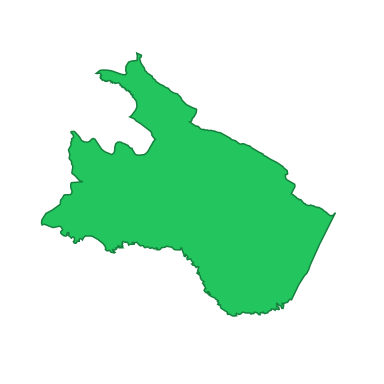 Madimba, Bas-Congo, Democratic Republic of the Congo, rotated 297°
{"feature_id": "63176286B8336769847246", "entity_name": "Madimba", "entity_type": "district", "adm_level": 2, "iso_a3": "COD", "parent_name": "Democratic Republic of the Congo", "parent_adm1": "Bas-Congo", "projection": "equal_earth", "projection_center": [15.601, -5.373], "detail": "fine", "context": "isolated", "style": "filled", "palette": "green", "viewbox_px": 384, "rotation_deg": 297, "n_neighbors": 0, "source": "geoboundaries", "source_scale": "gbopen_adm2", "svg_char_len": 5987}
<svg xmlns="http://www.w3.org/2000/svg" viewBox="0 0 384 384"><g transform="rotate(297 192 192)"><path d="M101.4,140.9L101.0,142.7L101.4,143.9L102.2,144.4L102.5,145.2L101.6,147.1L102.4,150.4L103.3,150.9L103.8,148.4L104.7,147.5L105.3,149.5L106.7,150.5L107.5,149.5L108.4,150.9L110.7,150.5L110.7,151.9L109.6,152.0L109.2,152.5L110.9,155.5L111.4,153.7L112.0,155.0L112.7,154.6L113.5,153.4L114.6,153.7L115.6,152.6L116.7,153.2L116.9,155.4L117.8,157.1L117.5,158.1L116.0,159.7L117.2,160.5L119.5,164.7L119.5,162.2L119.9,161.8L120.4,162.3L120.8,164.0L122.1,165.5L120.6,169.8L120.7,170.6L121.9,172.3L121.9,173.3L121.2,174.2L121.0,175.2L121.5,176.1L122.7,176.7L123.1,178.6L122.7,179.7L123.3,181.0L124.4,181.5L124.1,183.6L124.5,184.9L125.3,185.0L126.2,186.1L126.0,186.8L124.6,186.8L125.9,189.5L128.7,190.3L130.5,193.1L132.1,193.9L133.7,199.3L132.7,202.1L133.0,203.4L135.0,207.8L135.7,208.1L136.7,207.4L137.2,207.6L137.4,208.3L133.7,211.8L133.1,212.9L131.4,213.9L131.2,214.8L131.5,215.3L133.2,214.8L133.4,215.6L132.1,217.9L130.8,217.4L129.6,218.5L131.8,221.2L130.4,222.9L129.7,225.3L129.1,225.4L127.7,224.4L127.2,226.0L127.8,227.6L126.6,229.9L128.2,231.0L128.4,231.7L128.0,232.1L124.1,232.8L123.4,235.0L122.9,235.2L122.8,233.7L122.0,233.2L121.4,236.7L120.4,237.9L119.0,238.6L117.8,241.0L117.6,243.3L115.6,242.8L115.0,244.1L115.0,245.2L114.1,245.2L113.4,246.8L112.1,248.1L111.3,247.3L109.6,247.6L108.7,249.8L108.9,250.6L108.7,251.9L109.5,252.1L110.3,251.3L110.7,252.2L109.9,252.9L109.4,254.5L108.7,253.5L108.1,253.4L107.7,256.4L108.0,260.5L107.4,261.6L107.1,264.5L105.9,264.4L105.4,266.2L103.6,265.8L103.4,267.1L104.3,268.5L102.3,269.7L101.6,270.9L100.9,278.0L100.4,278.8L99.5,278.7L99.2,279.5L100.3,281.0L100.0,281.9L100.1,285.0L102.0,287.9L102.7,286.8L104.1,286.8L104.1,289.3L105.4,290.7L107.5,291.5L108.2,292.2L108.6,294.7L110.6,298.8L110.0,299.8L110.4,300.6L111.1,300.8L111.7,302.2L113.5,302.5L113.9,305.0L113.1,307.3L113.6,308.4L114.6,307.8L115.5,307.9L116.2,309.5L117.1,309.6L117.3,310.4L116.8,310.8L116.6,311.8L118.8,314.3L120.7,314.5L122.5,316.2L123.9,315.9L124.4,317.4L124.4,319.7L125.4,319.3L126.2,320.8L126.6,322.7L127.1,323.0L128.8,321.4L128.1,319.6L129.6,319.5L130.6,318.3L131.3,318.1L131.5,319.0L130.9,319.4L130.6,320.4L130.8,322.8L129.1,324.9L129.6,326.0L132.5,325.2L133.1,323.1L133.8,322.8L134.4,325.0L135.8,325.4L136.6,326.8L137.5,327.3L140.1,327.6L140.8,328.1L141.1,329.6L158.1,329.2L168.5,330.2L171.7,331.2L176.1,331.2L180.3,330.5L203.2,329.4L238.7,329.2L234.8,328.0L233.8,326.2L233.7,325.0L234.9,320.5L235.1,318.0L235.7,316.6L235.9,312.0L235.2,311.3L235.3,310.3L234.7,309.1L234.9,307.3L234.2,303.6L233.2,302.7L232.4,300.3L232.5,299.1L233.0,298.2L232.7,296.6L234.6,292.4L233.7,291.0L234.2,290.3L234.1,288.1L234.6,287.3L235.4,283.3L235.4,281.3L243.6,281.3L245.5,280.0L246.0,270.9L246.8,269.1L249.8,267.4L251.0,268.8L251.8,268.9L254.3,267.0L255.1,262.9L255.9,261.5L256.8,254.2L256.8,246.6L257.3,241.8L257.1,240.7L257.6,238.3L258.1,237.7L257.9,233.9L258.5,225.0L259.2,222.9L258.5,218.7L258.6,216.9L257.8,214.8L256.6,213.5L256.5,212.2L257.4,207.3L256.6,203.5L257.3,201.6L257.7,190.3L256.6,186.9L256.6,184.4L255.9,183.1L255.6,180.9L254.6,179.7L254.1,177.2L253.1,175.5L253.2,174.2L252.1,172.2L252.1,171.1L253.1,168.3L253.2,167.0L252.6,166.4L252.6,164.1L253.3,158.1L254.7,159.4L258.0,158.9L259.4,159.6L264.3,159.8L267.3,158.8L267.9,157.9L267.4,155.1L267.3,147.4L269.3,141.4L271.0,139.4L272.6,135.0L272.7,133.9L272.0,131.2L272.1,127.4L273.6,123.7L273.2,120.7L273.7,118.6L273.5,114.8L274.1,110.0L275.2,108.1L275.5,105.5L277.0,104.1L277.7,98.1L278.6,96.5L278.8,94.8L280.7,93.4L283.5,88.2L287.1,84.6L289.1,85.4L290.9,84.9L290.7,79.7L288.4,81.5L284.2,83.3L281.3,78.8L278.9,76.5L274.0,76.1L269.8,78.0L268.4,79.8L266.1,79.4L264.8,75.7L263.5,65.6L262.4,62.0L260.4,57.5L258.6,54.8L254.2,52.8L254.5,53.9L255.6,55.1L256.0,56.6L254.9,58.0L254.3,57.9L254.3,58.2L253.7,57.7L252.7,58.6L252.3,58.4L252.2,59.0L251.6,59.2L251.7,60.0L251.1,61.0L251.4,61.0L251.2,61.6L251.6,62.7L251.3,63.8L251.8,64.4L251.4,64.5L251.9,66.0L253.4,67.0L254.1,68.9L253.7,69.1L253.8,70.5L253.5,70.1L253.6,70.7L253.2,70.6L253.5,71.0L253.1,71.7L253.7,71.9L254.1,73.9L253.8,74.2L255.9,76.8L255.8,78.2L255.3,79.4L254.6,79.4L254.5,80.7L253.8,81.9L254.3,82.2L253.7,83.2L254.2,83.9L254.0,85.1L253.4,85.5L253.6,86.1L253.1,86.3L252.6,87.8L253.5,88.8L253.2,88.9L253.4,90.2L252.9,90.2L253.1,91.2L252.7,91.0L251.9,93.1L251.3,93.2L251.1,94.1L251.3,94.6L251.5,94.2L251.6,94.9L251.1,94.9L251.0,95.6L249.8,95.7L249.5,97.4L247.6,101.2L243.4,104.1L239.8,104.6L236.0,104.0L232.2,103.3L230.7,102.4L231.0,107.5L230.0,109.9L229.6,115.2L227.3,127.3L226.5,129.1L224.4,130.5L222.8,133.6L222.3,135.4L219.5,134.7L208.8,134.3L206.1,133.8L203.5,132.4L200.6,127.8L199.8,125.6L200.1,123.8L202.8,119.6L203.7,118.9L203.3,117.8L203.4,115.6L204.4,114.1L204.3,109.4L203.9,107.8L204.2,106.4L203.7,104.7L202.6,103.1L200.5,102.2L197.1,102.8L193.6,104.4L191.0,104.6L188.9,103.5L188.3,96.3L189.0,92.2L195.0,81.5L194.9,79.7L193.2,78.5L191.1,78.0L188.9,76.4L187.8,73.4L187.7,70.2L189.9,66.9L192.3,60.7L192.4,59.3L191.1,57.1L190.5,56.9L190.0,57.4L188.9,60.0L187.8,61.3L186.4,61.5L184.7,60.6L182.8,61.7L181.1,61.5L179.0,62.9L173.4,62.8L170.0,66.1L166.1,67.3L164.7,70.4L163.9,71.3L162.5,71.8L160.8,74.2L154.7,76.2L154.1,76.7L153.4,80.5L151.3,85.9L151.1,87.7L151.6,90.2L145.7,80.5L144.3,80.3L142.8,80.9L140.7,82.2L138.2,84.8L136.6,85.3L134.5,85.0L131.7,79.9L130.6,79.2L128.2,79.4L125.1,78.6L121.2,80.2L112.3,75.6L106.6,71.6L99.0,70.9L96.2,71.9L94.6,73.3L96.3,75.2L97.1,83.8L97.6,84.9L101.1,89.1L101.4,90.5L101.2,91.6L99.5,94.0L97.1,93.0L96.0,93.6L95.2,95.3L94.9,97.5L95.1,98.9L95.9,100.0L98.9,99.4L99.9,100.6L98.4,101.4L97.1,101.2L97.0,103.3L96.1,105.4L97.9,106.3L98.1,107.3L97.7,108.0L95.5,109.3L93.9,108.8L93.1,110.3L93.3,111.3L94.2,112.1L95.9,112.0L96.9,113.9L98.5,113.1L99.4,113.2L100.0,114.5L99.5,116.2L101.8,116.0L104.3,116.9L106.7,121.4L107.3,123.5L107.0,129.8L105.6,136.5L104.1,139.3L102.8,140.6L101.4,140.9Z" fill="#22c55e" stroke="#15803d" stroke-width="1.5"/></g></svg>